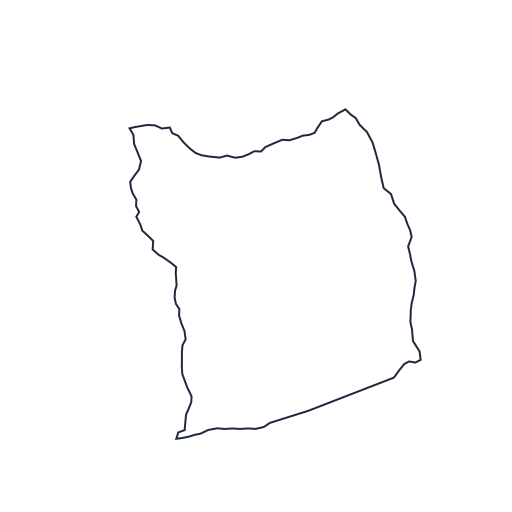 outline of Emilianópolis, São Paulo, Brazil, rotated 332°
{"feature_id": "56859067B80987018842318", "entity_name": "Emilianópolis", "entity_type": "district", "adm_level": 2, "iso_a3": "BRA", "parent_name": "Brazil", "parent_adm1": "São Paulo", "projection": "natural_earth1", "projection_center": [-51.48, -21.789], "detail": "fine", "context": "isolated", "style": "outline", "palette": "slate", "viewbox_px": 512, "rotation_deg": 332, "n_neighbors": 0, "source": "geoboundaries", "source_scale": "gbopen_adm2", "svg_char_len": 1753}
<svg xmlns="http://www.w3.org/2000/svg" viewBox="0 0 512 512"><g transform="rotate(332 256 256)"><path d="M228.2,93.3L221.6,89.3L215.0,87.1L209.5,85.3L204.3,83.9L204.6,91.5L200.9,100.1L200.1,108.9L199.1,118.2L193.2,124.8L185.9,128.2L179.8,131.4L177.5,137.3L176.5,142.9L176.8,150.1L173.5,155.7L173.5,162.3L168.8,165.1L168.6,174.2L167.5,180.2L169.9,186.8L172.3,194.5L167.8,201.7L170.6,209.3L173.6,213.9L177.8,222.3L180.3,228.3L177.2,233.2L174.9,238.5L172.0,244.8L168.1,248.8L164.6,254.5L162.8,260.7L163.4,266.9L160.1,272.5L158.4,280.9L157.7,288.5L154.7,296.6L149.2,300.3L145.3,306.3L141.8,313.0L138.3,319.4L135.5,325.7L133.6,339.7L133.2,349.7L130.2,354.7L125.0,359.1L119.8,363.2L115.5,369.7L111.3,376.2L104.5,375.3L99.8,380.0L106.4,382.4L112.5,384.1L117.5,385.0L123.5,386.8L132.3,387.2L141.0,390.0L147.1,394.0L154.2,397.2L160.7,401.2L167.6,404.3L174.6,408.5L182.5,410.6L190.1,409.9L229.4,417.2L320.6,428.1L328.9,424.1L336.5,420.9L341.7,421.0L346.7,424.9L352.6,425.0L355.6,417.2L354.7,404.7L359.3,394.0L361.3,386.8L364.4,381.6L367.0,376.8L371.4,370.6L377.0,364.4L381.2,358.2L385.4,352.9L388.8,343.5L390.8,333.2L392.8,326.9L394.8,319.0L402.4,312.2L404.2,305.6L404.7,298.6L405.9,291.3L404.3,284.1L402.5,274.7L404.3,264.8L400.6,256.0L403.5,245.2L407.4,233.2L409.8,222.3L412.2,210.7L412.2,198.8L409.1,188.9L408.8,181.0L406.2,176.0L403.8,168.5L394.8,168.6L389.0,169.8L384.1,169.6L377.5,168.0L369.9,172.0L365.5,174.8L359.7,174.0L353.9,171.7L348.1,171.1L339.9,169.5L333.7,165.7L323.8,164.8L315.4,164.2L309.5,166.1L303.7,162.7L297.8,162.7L290.6,162.0L283.8,159.5L277.5,153.7L270.2,152.1L261.8,146.5L255.2,141.5L250.9,136.5L247.9,129.6L245.5,122.0L243.7,113.2L239.7,108.3L240.2,102.1L232.8,99.3L228.2,93.3Z" fill="none" stroke="#1e293b" stroke-width="2"/></g></svg>